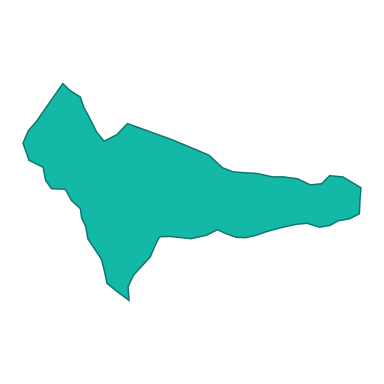 outline of Pedrinhas, Sergipe, Brazil
{"feature_id": "56859067B11472613057936", "entity_name": "Pedrinhas", "entity_type": "district", "adm_level": 2, "iso_a3": "BRA", "parent_name": "Brazil", "parent_adm1": "Sergipe", "projection": "mercator", "projection_center": [-37.653, -11.205], "detail": "fine", "context": "isolated", "style": "filled", "palette": "teal", "viewbox_px": 384, "rotation_deg": 0, "n_neighbors": 0, "source": "geoboundaries", "source_scale": "gbopen_adm2", "svg_char_len": 925}
<svg xmlns="http://www.w3.org/2000/svg" viewBox="0 0 384 384"><path d="M361.0,187.8L342.8,176.9L329.6,175.7L321.7,183.7L310.4,184.9L297.6,178.8L283.8,176.9L272.6,176.9L256.7,173.4L245.0,172.8L232.8,171.8L222.4,167.7L215.5,161.3L209.0,155.2L172.3,139.8L127.5,123.6L116.8,134.7L104.0,141.2L96.7,132.2L89.4,117.6L83.9,107.6L80.4,97.1L69.7,90.3L62.8,83.6L35.9,122.1L28.4,130.6L23.0,143.1L29.0,160.3L43.1,167.3L45.6,180.4L51.6,188.8L65.3,189.2L71.6,200.7L80.4,208.7L81.6,217.8L85.8,226.8L87.9,238.9L94.8,249.2L101.5,259.4L104.9,273.2L107.0,283.4L117.4,291.8L129.0,300.4L128.1,286.5L133.6,275.0L141.5,266.4L150.3,256.9L155.1,245.3L159.5,236.8L169.4,236.4L191.0,238.7L206.7,235.2L217.4,229.7L225.5,233.4L236.2,237.3L245.6,237.7L256.3,235.2L265.7,231.9L280.4,227.8L296.1,224.3L307.0,223.3L319.6,227.2L330.0,225.4L338.2,220.8L349.5,218.8L359.4,213.7L360.0,199.7L361.0,187.8Z" fill="#14b8a6" stroke="#0f766e" stroke-width="1.5"/></svg>